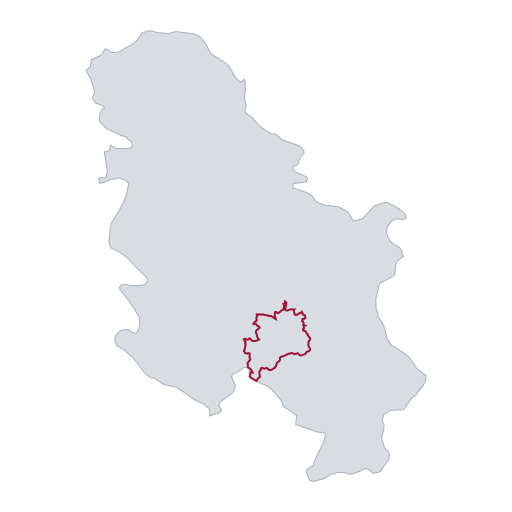 Republic of Serbia, with Rasinski highlighted
{"feature_id": "SRB-833", "entity_name": "Rasinski", "entity_type": "District", "adm_level": 1, "iso_a3": "SRB", "parent_name": "Republic of Serbia", "parent_adm1": "", "projection": "mercator", "projection_center": [21.143, 43.49], "detail": "fine", "context": "in_parent", "style": "outline", "palette": "rose", "viewbox_px": 512, "rotation_deg": 0, "n_neighbors": 0, "source": "natural_earth", "source_scale": "10m", "svg_char_len": 9111}
<svg xmlns="http://www.w3.org/2000/svg" viewBox="0 0 512 512"><path d="M293.2,188.2L306.6,192.4L312.6,196.4L315.9,201.6L324.4,205.1L338.3,206.7L348.0,212.1L353.4,221.1L362.3,218.9L374.6,205.6L386.7,202.1L398.5,208.5L405.0,213.7L406.1,217.9L403.4,219.5L396.7,218.7L391.3,221.3L387.1,227.1L386.4,233.4L389.4,240.0L393.6,244.5L399.0,247.0L401.9,250.5L402.3,254.9L403.7,256.1L400.6,258.1L397.3,261.1L395.4,266.3L394.9,274.7L384.3,281.2L380.4,282.5L378.6,286.8L375.8,299.0L376.1,308.2L377.6,312.9L378.2,316.7L381.6,321.4L384.7,328.6L386.8,338.1L391.4,345.3L403.1,352.5L408.9,356.7L413.1,362.7L416.4,368.2L426.1,375.5L425.3,380.6L423.2,385.7L421.0,388.1L416.2,394.6L411.5,398.2L403.8,409.7L391.6,410.3L388.7,411.2L384.1,414.3L381.9,420.0L384.0,424.6L383.8,429.2L381.6,438.2L384.6,447.8L388.9,452.2L389.5,454.7L388.8,459.2L382.4,468.3L380.5,471.6L374.0,473.3L371.9,472.4L368.5,469.3L365.5,468.4L357.8,472.1L350.0,474.3L343.9,472.6L337.9,472.4L333.7,473.9L330.5,474.5L324.3,478.4L314.4,481.3L309.8,480.7L308.1,477.0L306.2,471.7L307.1,469.3L313.7,465.1L314.4,461.1L323.6,441.9L325.4,435.7L325.5,433.6L323.1,432.3L318.0,432.3L295.7,424.5L296.7,415.5L290.1,410.7L283.1,406.4L281.9,401.5L274.0,391.8L268.3,386.3L260.9,383.6L254.6,379.6L250.8,377.1L249.1,372.5L249.1,369.8L247.2,367.2L244.1,367.5L239.0,371.1L232.6,374.3L231.5,376.5L233.8,382.0L235.4,385.4L234.7,388.6L232.7,392.8L220.4,401.9L219.0,405.1L221.4,410.2L219.9,412.6L209.7,415.9L209.9,413.1L209.3,408.7L203.4,403.9L195.2,400.2L176.8,387.4L169.7,385.8L163.4,384.3L154.3,378.2L149.7,377.1L144.5,372.7L133.3,358.0L123.7,349.9L117.1,345.9L115.3,341.9L114.9,337.8L115.1,336.4L120.1,330.6L123.9,329.8L128.8,329.6L132.0,332.5L136.3,333.2L138.6,329.4L139.9,324.0L139.3,317.1L129.1,301.0L120.3,289.8L119.3,287.3L121.2,285.2L124.3,284.1L127.5,285.0L136.1,285.8L144.3,284.8L147.1,282.0L147.2,278.3L144.1,274.9L134.5,265.6L127.0,257.4L118.2,251.2L111.7,248.6L109.7,245.5L108.9,242.0L109.6,235.8L110.1,227.8L111.6,222.8L117.5,213.3L123.2,203.2L126.7,193.5L128.5,184.5L127.8,181.9L124.9,180.0L118.6,178.0L110.0,179.7L102.6,183.0L99.8,183.2L98.8,179.2L100.0,177.4L102.3,177.6L104.1,178.4L106.2,176.6L107.4,171.1L104.3,152.1L109.8,150.4L109.9,147.6L110.4,145.2L116.1,148.5L124.1,148.6L131.1,147.9L132.1,146.0L132.0,143.3L130.6,141.2L128.1,139.5L126.3,136.8L121.6,135.7L106.8,128.8L99.6,121.4L99.8,113.7L101.9,109.4L104.5,107.9L103.7,106.5L95.4,102.9L92.4,97.8L94.8,91.4L90.5,78.3L85.9,70.2L90.4,66.7L91.0,61.7L91.4,58.8L93.2,58.9L100.5,55.5L103.1,52.8L104.6,49.6L106.3,48.9L111.2,52.3L116.3,52.6L122.0,50.4L126.3,47.4L131.5,44.9L133.8,43.1L136.8,40.4L142.8,32.4L149.6,30.7L158.7,32.8L168.6,33.5L175.9,31.6L194.6,34.0L198.6,35.8L201.2,37.9L206.1,44.8L210.8,53.7L217.4,57.8L225.1,62.7L229.1,66.2L235.0,76.8L239.7,82.0L241.2,81.8L242.8,80.4L243.9,79.3L245.1,80.3L245.1,83.5L245.4,90.6L244.3,98.2L246.0,105.4L246.0,107.6L244.9,109.7L245.0,111.5L246.6,113.4L252.9,118.2L258.8,125.4L265.5,130.6L271.8,133.8L275.7,134.0L282.2,139.9L294.9,144.2L299.0,145.6L301.8,148.0L303.9,150.8L304.0,153.8L302.0,155.3L299.3,159.3L298.1,164.2L296.1,165.5L294.1,165.6L292.6,167.0L292.9,169.1L294.6,171.1L297.3,173.0L302.4,174.8L307.4,177.5L307.3,179.6L306.3,181.9L299.9,182.8L295.2,183.1L293.0,184.1L293.2,188.2Z" fill="#d9dde1" stroke="#a8b0b8" stroke-width="1"/><path d="M252.4,372.2L251.7,370.6L251.1,369.8L250.3,368.9L248.7,367.6L247.9,367.4L247.9,366.8L247.8,366.0L247.8,365.8L247.9,364.9L247.9,364.7L247.8,364.4L247.6,363.6L247.5,363.3L247.6,363.1L247.7,362.7L247.8,362.5L248.5,362.0L248.6,361.9L248.9,361.3L249.1,360.9L249.7,360.4L249.8,360.1L250.1,359.6L250.3,359.2L250.2,359.0L250.2,358.9L249.9,358.5L249.8,358.2L249.7,358.0L249.5,356.9L249.5,356.5L249.7,356.1L249.8,355.8L249.6,354.8L249.5,353.4L248.6,353.2L248.3,353.1L247.9,353.2L247.2,353.6L246.6,353.6L246.4,353.5L244.9,352.8L244.7,352.4L244.4,351.8L244.0,351.1L243.9,350.9L244.0,350.7L244.6,350.1L244.7,349.7L244.8,349.5L244.7,349.0L244.7,348.8L245.0,347.2L245.2,346.2L245.3,345.9L245.7,345.2L245.6,344.8L245.2,344.1L245.1,343.9L245.1,343.7L245.5,343.1L245.6,342.8L245.6,342.6L245.5,342.3L245.4,342.1L244.7,341.1L244.3,340.0L243.9,339.2L244.5,338.9L245.1,338.7L245.4,338.8L246.1,339.5L246.4,339.7L246.7,339.7L247.6,339.6L248.2,339.5L248.4,339.3L249.0,338.7L249.3,338.4L249.7,338.4L249.9,338.5L250.1,338.7L250.8,339.4L251.0,339.6L251.3,340.1L251.6,340.4L252.1,340.7L252.6,340.9L253.5,341.0L255.0,341.0L256.2,340.6L256.9,340.6L257.2,340.5L258.0,340.0L259.1,339.5L257.8,338.0L257.7,337.8L257.4,337.1L257.0,336.5L256.9,336.2L256.9,335.6L256.9,335.1L256.7,334.1L256.4,333.6L256.0,332.9L255.9,332.6L255.9,332.0L255.9,331.7L256.0,331.2L256.3,330.7L256.6,330.2L257.2,329.7L258.2,329.1L258.4,328.9L259.5,327.8L259.6,327.6L259.6,327.4L259.5,327.2L259.3,327.0L258.4,326.2L257.6,325.9L257.2,325.7L257.0,325.4L256.8,324.7L256.7,324.5L256.5,324.4L256.2,324.2L255.3,324.2L253.5,323.8L253.9,323.2L254.2,322.6L254.5,322.3L254.9,321.9L255.8,321.1L256.6,320.6L256.8,320.3L256.8,320.1L256.5,319.2L256.4,318.6L256.4,318.0L256.4,317.4L256.5,317.1L256.9,316.4L257.1,316.1L257.1,315.9L257.1,315.6L257.0,315.3L256.7,314.8L256.7,314.6L256.7,314.4L257.2,314.4L257.5,314.7L258.2,314.8L258.3,314.7L258.6,314.4L260.0,314.3L260.7,314.6L261.4,314.8L261.6,314.8L262.0,314.5L262.4,314.3L262.7,314.3L262.9,314.3L263.4,314.6L264.6,314.9L265.3,315.1L265.9,315.2L267.1,315.3L267.6,315.4L267.8,315.4L268.5,315.9L268.9,316.0L269.8,316.1L271.0,316.0L271.3,316.1L271.8,316.5L272.6,316.9L272.8,317.0L273.2,317.5L273.6,317.8L275.7,319.0L275.1,316.9L274.9,316.3L274.8,315.9L274.8,315.3L274.7,314.7L274.7,314.2L274.8,313.8L275.0,313.4L275.0,313.1L274.9,312.6L275.0,312.4L275.0,312.1L275.4,311.9L276.2,312.1L276.7,312.3L277.3,312.9L277.5,313.0L277.9,313.2L278.2,313.2L278.6,313.0L279.2,312.3L280.5,311.5L280.8,311.1L281.3,310.5L281.6,310.3L282.5,310.1L283.0,309.8L283.2,309.6L283.3,309.4L283.4,309.2L283.6,308.1L283.9,307.2L284.0,306.6L284.0,306.0L284.0,305.4L283.9,305.1L283.4,303.8L284.6,303.2L284.8,302.8L285.0,301.4L286.0,302.1L286.3,302.5L286.4,302.8L286.1,303.4L286.1,303.8L286.2,304.6L286.1,305.1L286.1,305.4L285.5,306.7L285.5,306.9L285.6,307.6L285.5,308.1L285.4,308.4L285.1,308.9L285.0,309.2L285.0,309.4L285.1,309.7L285.3,309.9L285.5,310.1L286.2,310.5L286.6,310.5L286.9,310.5L288.4,310.2L289.9,309.6L291.0,309.3L291.6,309.3L292.3,309.5L292.4,309.4L294.3,309.4L293.7,310.1L294.6,314.2L295.1,314.8L296.5,314.9L297.1,314.8L297.4,314.7L298.2,314.0L298.9,313.6L299.5,313.4L300.2,312.9L300.6,312.8L300.9,312.9L301.2,312.8L301.6,312.4L301.9,311.9L302.2,312.5L302.3,312.8L302.6,314.1L302.7,314.4L302.9,314.6L303.4,314.8L304.4,315.1L304.6,315.2L304.8,315.3L304.9,315.5L305.2,316.6L305.4,317.7L305.4,317.9L305.2,318.2L304.8,318.5L304.2,318.9L303.8,318.9L303.1,318.7L302.9,318.7L302.6,318.8L302.4,319.2L302.2,321.1L302.7,321.1L303.2,321.9L303.6,322.8L303.6,323.8L303.2,325.0L303.9,325.1L304.2,325.3L304.5,325.6L305.0,325.7L304.5,326.0L304.2,326.3L304.0,326.7L303.8,327.3L303.9,328.5L303.0,329.2L302.9,329.3L302.9,329.5L302.9,329.8L303.1,330.4L304.3,330.8L305.3,331.3L305.8,331.5L306.2,332.1L306.4,333.1L306.5,333.3L306.7,333.6L307.5,334.1L307.7,334.3L307.8,334.4L307.8,334.6L307.9,334.8L307.8,335.4L307.9,335.6L308.0,335.8L308.6,336.4L309.1,337.0L309.9,337.8L310.1,338.1L310.2,338.3L310.2,338.8L310.2,339.1L310.0,339.5L309.5,340.3L309.2,340.9L308.7,341.5L308.4,341.8L308.4,342.0L308.6,343.1L308.6,343.4L308.5,343.7L308.2,344.5L308.3,344.9L308.6,345.6L308.9,346.6L309.0,346.9L309.5,347.6L309.9,348.2L310.1,348.5L310.2,348.8L310.2,349.3L310.1,349.5L310.1,349.8L309.9,350.0L309.2,351.1L309.0,351.3L308.8,351.4L307.8,351.3L307.6,351.4L307.2,351.6L306.3,352.3L306.1,352.7L305.9,353.4L305.7,353.6L305.1,353.9L304.2,354.4L303.2,354.8L302.2,355.2L301.7,355.3L300.8,355.3L300.3,355.3L299.2,354.8L298.9,354.6L298.5,353.8L298.3,353.6L298.1,353.4L297.8,353.3L297.2,353.3L296.8,353.5L295.7,353.8L294.5,354.1L294.3,354.0L294.0,353.9L293.4,353.6L292.9,353.4L291.9,353.1L291.5,353.0L291.3,353.1L290.3,353.6L289.7,353.7L288.5,353.7L288.0,353.9L287.3,354.2L285.6,355.2L284.1,356.0L283.8,356.1L282.9,356.2L281.1,356.7L281.0,356.8L280.9,357.0L280.2,357.5L280.0,357.8L279.9,358.0L279.8,358.4L279.8,358.6L280.0,359.3L280.0,359.5L279.9,360.1L279.8,360.5L279.5,360.9L278.8,361.3L278.2,361.8L277.4,362.4L277.1,362.7L277.0,362.8L277.0,363.0L276.7,363.9L276.1,364.9L276.0,365.2L276.0,366.1L276.0,366.3L275.9,366.5L275.3,366.8L275.1,367.0L274.7,367.7L274.6,367.9L274.4,368.1L273.2,368.7L272.3,369.3L271.4,369.8L270.8,370.0L270.2,370.1L269.5,370.1L269.0,369.9L268.3,369.5L268.2,369.3L268.0,368.8L267.8,368.6L266.5,367.9L266.2,367.9L265.6,368.4L264.9,368.6L264.5,368.7L264.3,368.7L263.7,368.5L262.5,367.9L262.3,367.9L261.2,368.2L260.9,368.3L260.8,368.5L260.7,368.7L260.9,369.4L260.9,369.6L260.8,369.9L260.3,370.5L259.5,371.3L259.4,371.7L259.3,372.0L259.3,372.6L259.3,373.2L259.5,374.1L259.7,375.8L259.7,376.1L259.9,376.4L259.9,376.6L259.9,376.8L259.2,377.7L259.0,377.8L258.3,378.1L258.0,378.3L257.9,378.6L257.5,379.2L257.0,379.8L256.6,380.7L256.4,381.0L250.3,377.4L249.8,376.5L250.1,376.4L250.3,375.0L250.5,373.3L250.4,372.7L251.4,371.9L252.2,372.1L252.4,372.2Z" fill="none" stroke="#9f1239" stroke-width="2"/></svg>